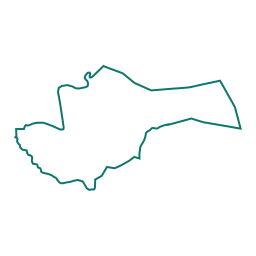 Sharg An Neel, Khartoum, Sudan (orthographic projection)
{"feature_id": "16777658B39366456594232", "entity_name": "Sharg An Neel", "entity_type": "district", "adm_level": 2, "iso_a3": "SDN", "parent_name": "Sudan", "parent_adm1": "Khartoum", "projection": "orthographic", "projection_center": [33.17, 15.691], "detail": "fine", "context": "isolated", "style": "outline", "palette": "teal", "viewbox_px": 256, "rotation_deg": 0, "n_neighbors": 0, "source": "geoboundaries", "source_scale": "gbopen_adm2", "svg_char_len": 2998}
<svg xmlns="http://www.w3.org/2000/svg" viewBox="0 0 256 256"><path d="M240.6,128.6L234.9,107.1L231.5,101.0L225.6,90.5L222.5,85.0L222.3,84.6L222.0,84.0L219.8,80.7L215.9,81.6L202.2,84.5L195.2,86.1L192.9,86.6L191.4,86.9L190.3,87.1L189.1,87.4L178.1,88.3L176.9,88.4L173.3,88.6L151.3,90.4L141.3,86.0L134.6,83.0L132.0,80.9L125.4,75.5L122.7,73.3L113.0,69.7L110.0,68.6L107.9,67.8L106.3,67.2L104.2,66.4L103.9,66.3L103.5,66.2L103.4,66.1L93.3,75.9L92.1,76.9L90.7,77.6L89.7,77.3L89.6,76.6L89.8,75.6L90.3,73.9L89.7,72.6L87.7,72.8L85.6,75.1L84.7,77.6L85.4,79.2L87.3,81.0L88.1,83.5L87.6,86.2L85.4,87.2L79.3,88.5L75.7,88.3L72.5,86.5L67.2,85.1L61.7,86.0L58.8,87.9L58.0,92.0L59.7,101.1L60.1,103.4L62.3,117.9L63.7,127.8L63.3,129.3L60.5,129.6L57.9,128.5L53.2,126.3L46.8,123.9L44.1,123.0L43.4,122.8L42.5,122.7L36.8,122.8L32.7,123.7L29.1,125.2L28.6,125.4L27.9,125.5L27.3,125.5L26.4,125.1L25.9,125.1L25.1,125.8L24.7,126.8L24.3,127.8L24.0,129.0L23.1,129.0L22.3,129.0L21.2,129.0L17.7,129.0L16.1,129.1L16.2,131.5L16.3,133.4L16.3,134.9L16.5,136.6L15.6,136.9L15.4,137.4L16.4,137.5L17.2,138.2L17.5,139.2L17.2,139.9L17.1,141.4L17.3,141.7L17.5,142.4L18.1,143.2L18.4,143.6L18.8,144.1L19.5,144.5L19.8,144.8L19.9,146.0L20.1,147.1L20.7,147.8L21.4,148.7L21.7,149.2L22.9,149.8L24.2,150.0L25.0,150.1L26.7,150.5L26.8,151.3L27.0,152.2L27.4,153.4L27.9,154.3L28.6,155.0L29.0,155.1L29.5,155.1L30.1,155.4L30.6,155.5L31.0,155.7L31.3,156.0L31.8,156.4L32.1,157.2L32.2,158.1L32.1,158.7L32.0,159.3L31.9,159.8L31.9,160.3L31.9,160.8L32.0,161.3L32.2,161.9L32.3,162.4L32.4,162.8L32.7,163.3L33.4,163.7L33.4,163.8L33.6,163.8L36.9,164.4L37.5,165.4L37.7,166.6L37.9,167.4L38.5,167.7L40.0,168.1L40.5,168.7L40.8,169.7L40.9,170.3L41.0,170.8L41.0,171.1L41.1,171.5L41.5,172.0L42.2,172.4L43.1,172.8L44.4,173.1L45.0,173.2L46.3,173.5L47.4,173.8L49.0,174.2L49.6,174.4L50.3,174.8L50.6,174.9L51.1,175.1L52.3,175.6L52.8,176.0L53.3,176.5L53.6,176.8L54.5,177.2L54.9,177.4L55.4,177.5L55.9,177.8L56.3,178.3L56.7,178.9L57.3,179.9L57.6,180.4L59.1,182.1L60.7,183.2L62.2,183.3L63.7,183.1L65.6,182.6L68.5,182.1L71.0,181.7L73.4,180.8L75.7,180.4L77.7,180.0L82.7,181.4L86.9,188.4L89.4,189.9L91.4,189.4L93.0,189.5L94.2,189.4L94.9,187.8L95.2,181.3L95.1,179.6L100.9,176.3L101.8,175.8L106.9,167.0L114.5,168.2L115.7,167.8L120.6,165.6L129.0,160.9L134.3,156.9L134.8,157.1L139.5,158.5L139.4,154.6L139.5,152.9L140.0,149.7L140.2,147.6L140.7,146.0L141.6,144.4L143.2,142.1L144.6,139.0L145.4,136.5L145.8,133.8L146.0,133.0L146.6,132.2L147.7,131.4L148.8,130.8L149.7,130.2L150.1,129.9L150.8,129.3L151.4,128.6L151.7,128.3L152.6,128.0L153.2,127.9L153.8,128.1L154.3,128.2L154.7,128.3L155.5,128.4L156.2,128.5L156.8,128.5L157.5,128.4L158.2,128.0L159.1,127.4L159.4,127.1L160.0,126.8L160.5,126.6L161.0,126.5L161.7,126.2L163.0,125.6L163.5,125.6L165.2,125.1L168.1,124.4L168.1,124.8L172.4,123.7L183.7,120.6L191.4,118.5L196.6,120.2L200.9,121.5L203.6,122.3L204.7,122.5L206.2,122.7L207.1,122.8L209.6,123.3L213.8,124.0L229.7,126.7L239.1,128.4L240.6,128.6Z" fill="none" stroke="#0f766e" stroke-width="2"/></svg>